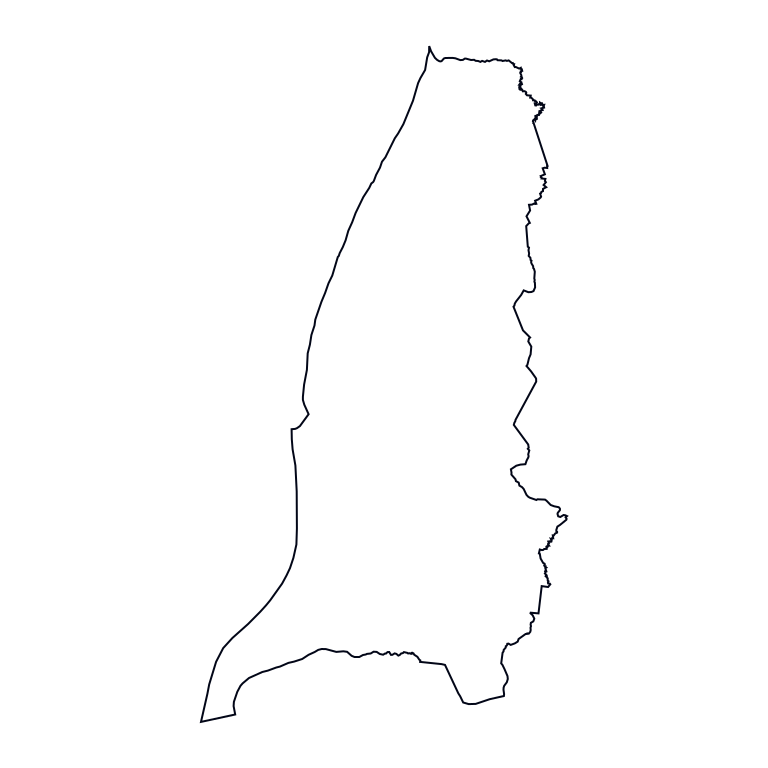 Ubolratana, Khon Kaen, Thailand
{"feature_id": "78962969B29703528432140", "entity_name": "Ubolratana", "entity_type": "district", "adm_level": 2, "iso_a3": "THA", "parent_name": "Thailand", "parent_adm1": "Khon Kaen", "projection": "mercator", "projection_center": [102.713, 16.795], "detail": "fine", "context": "isolated", "style": "outline", "palette": "ink", "viewbox_px": 768, "rotation_deg": 0, "n_neighbors": 0, "source": "geoboundaries", "source_scale": "gbopen_adm2", "svg_char_len": 6037}
<svg xmlns="http://www.w3.org/2000/svg" viewBox="0 0 768 768"><path d="M463.2,702.5L468.7,704.1L475.7,703.9L489.7,699.2L503.9,696.0L504.1,694.1L503.5,689.8L503.6,687.7L504.2,685.8L506.8,682.3L507.8,679.0L507.5,676.1L504.5,669.1L502.4,664.8L501.2,663.4L502.6,652.7L503.5,651.5L503.7,649.9L505.7,647.6L505.8,646.2L506.5,645.8L507.3,644.6L507.3,643.8L508.5,643.6L510.7,644.9L514.8,643.4L517.7,641.6L518.6,639.0L525.6,634.0L527.1,633.9L527.3,633.4L528.7,633.7L530.3,631.8L530.7,630.0L530.5,627.7L531.0,626.1L530.6,624.7L530.9,622.8L533.3,621.4L534.3,618.7L532.7,615.3L530.5,613.3L530.7,612.7L538.5,613.4L541.7,586.1L548.1,587.0L550.3,584.3L549.8,583.6L548.1,583.4L547.9,582.1L548.5,581.2L547.7,580.4L547.7,578.3L547.0,577.7L546.8,576.2L545.9,576.5L545.6,576.2L546.3,574.9L544.9,573.5L545.6,572.5L545.6,571.8L545.1,571.5L545.4,570.7L546.2,570.9L545.3,568.1L546.2,567.6L545.4,567.1L545.6,566.3L544.5,566.0L544.2,565.5L544.8,564.4L544.6,563.7L543.1,562.9L540.6,558.5L539.9,554.3L539.7,553.6L538.9,553.4L539.8,549.5L542.0,550.1L543.2,549.9L544.2,549.0L546.6,548.9L546.4,546.6L546.7,546.4L547.5,547.0L548.2,545.8L548.9,545.7L548.0,544.8L548.1,544.5L548.5,544.5L548.2,543.8L549.0,543.2L548.3,541.5L549.8,541.3L550.8,541.8L551.4,541.6L551.6,540.7L550.9,539.0L551.8,539.4L552.2,538.0L553.2,538.2L552.8,535.4L553.7,535.5L555.2,533.5L557.1,532.6L557.1,531.8L556.4,531.4L556.3,530.0L557.4,526.6L559.9,525.0L566.3,519.8L566.6,518.9L565.6,517.3L567.0,516.1L565.4,515.3L563.6,515.0L560.3,517.0L558.2,516.3L557.5,513.9L557.8,512.8L559.9,510.2L560.0,508.9L559.4,507.9L558.7,507.2L554.2,506.3L550.7,505.0L546.4,500.6L545.0,499.6L537.4,499.3L536.4,500.0L529.8,497.7L528.3,496.8L526.5,494.9L523.7,489.0L522.0,487.1L519.4,485.6L518.7,482.6L515.9,481.1L515.5,479.3L511.4,474.6L511.5,472.5L510.9,469.3L516.3,465.7L520.4,464.6L525.4,464.2L526.7,460.4L528.3,457.4L528.6,456.1L528.2,454.3L529.3,450.4L527.8,448.8L528.7,447.7L528.2,444.5L513.8,424.9L514.4,422.7L515.3,421.2L515.5,419.9L536.2,381.6L536.1,378.6L535.7,377.9L531.1,371.4L526.5,366.0L527.4,364.8L529.0,358.2L530.6,354.4L531.3,346.6L528.3,341.5L529.0,338.5L530.1,337.5L523.0,330.4L513.5,306.7L514.4,305.6L514.8,303.6L516.1,301.4L521.2,294.9L523.7,290.4L528.4,292.2L531.4,292.0L533.5,291.1L535.1,287.4L534.9,282.7L534.4,281.8L534.7,279.9L534.3,278.6L534.8,271.7L534.0,268.9L533.3,268.2L533.1,266.1L531.5,263.5L531.1,262.0L531.5,260.7L530.6,260.0L530.4,257.8L528.7,255.9L529.1,253.5L528.5,250.2L529.0,247.6L527.8,246.7L526.2,226.1L528.8,223.3L529.8,222.9L526.5,216.3L530.1,210.5L529.0,204.8L532.0,204.6L534.5,203.4L535.1,204.0L536.3,203.8L535.1,200.7L538.4,199.4L540.6,197.5L541.1,196.7L540.1,193.6L541.0,193.1L541.4,191.9L543.0,191.1L543.0,188.9L546.2,187.2L543.6,185.0L545.9,182.2L544.9,181.0L545.4,178.9L541.9,178.5L542.1,178.2L540.8,177.1L541.1,176.2L540.9,176.0L544.9,174.3L542.7,168.3L544.6,167.7L547.2,168.0L547.1,165.7L547.5,165.7L533.7,123.3L533.3,123.1L533.5,122.2L532.9,121.3L533.1,120.4L534.5,119.2L535.2,120.2L535.3,118.8L536.4,119.2L536.9,118.9L536.8,117.8L535.7,117.7L536.5,116.7L535.4,116.4L535.4,115.9L536.5,115.8L537.3,114.9L539.0,115.0L539.7,113.6L541.2,112.5L541.0,112.1L540.0,112.0L539.2,112.7L539.4,111.1L540.8,110.8L541.1,110.2L542.6,110.1L542.2,108.8L541.5,108.3L544.1,107.6L544.0,107.1L543.0,107.3L543.8,105.6L543.1,105.3L543.6,104.8L542.0,104.8L542.3,104.2L541.9,103.2L541.2,103.4L540.0,102.6L540.0,104.6L538.9,104.1L538.2,104.7L536.9,104.5L536.1,105.5L535.3,105.4L534.8,103.6L536.0,103.7L536.9,102.4L535.8,101.2L535.1,101.4L534.7,100.4L533.1,100.3L533.2,99.6L531.3,97.7L530.2,97.6L530.7,95.6L527.0,95.3L525.8,93.9L526.3,92.8L525.9,91.9L524.6,91.2L522.8,91.3L522.3,89.9L521.1,89.8L521.6,89.1L521.2,88.6L520.5,88.6L520.1,89.3L519.5,89.1L519.3,87.8L520.2,87.7L520.4,87.2L519.4,86.4L519.4,85.9L520.4,85.8L520.7,84.9L522.0,84.2L521.5,82.8L520.2,83.4L521.1,82.1L519.8,81.2L520.8,78.9L521.6,79.1L522.2,78.1L521.7,77.0L521.0,76.7L521.4,76.1L521.3,75.1L520.2,72.9L520.5,72.1L521.0,72.0L520.9,71.2L522.2,70.9L521.8,69.2L521.0,69.0L520.8,67.8L519.2,68.6L515.8,67.0L514.8,67.1L513.8,65.3L514.1,64.2L513.3,64.2L512.8,63.0L512.0,63.1L508.7,60.4L506.9,60.9L505.7,60.4L502.5,61.0L501.6,60.4L497.5,60.2L497.0,59.4L496.0,59.2L493.4,59.4L489.2,61.3L487.0,60.5L485.0,61.9L482.1,60.9L480.4,61.9L478.2,61.0L475.6,60.8L474.1,59.8L471.1,60.0L465.9,58.6L464.8,58.6L462.9,59.9L460.3,60.1L455.4,58.3L452.5,57.9L445.3,58.0L443.9,58.5L441.6,61.1L440.7,61.4L439.3,61.2L437.1,59.9L434.9,57.8L431.1,51.3L429.2,46.1L429.1,52.2L427.2,57.3L425.1,70.0L420.4,78.1L418.1,83.1L413.0,100.7L403.4,124.1L398.1,133.5L394.8,138.3L385.4,157.3L382.0,161.7L380.0,167.6L376.1,174.9L373.9,180.8L373.2,182.0L371.3,183.5L369.3,187.8L363.3,197.1L355.6,213.0L352.2,222.2L348.3,230.8L345.6,240.3L342.8,247.1L339.7,253.1L338.8,255.9L337.8,257.0L332.3,275.5L328.5,283.3L325.1,293.0L321.4,301.9L315.3,319.6L314.5,325.5L311.4,335.0L309.9,344.7L307.7,353.3L306.9,369.9L304.1,384.6L302.9,396.8L302.9,399.9L304.3,404.7L308.6,414.2L299.9,426.1L296.9,428.2L295.1,428.9L291.6,429.2L291.8,439.2L292.6,449.3L295.4,465.5L296.7,491.4L296.9,528.6L296.4,544.5L293.4,557.9L290.0,568.1L286.6,575.3L282.1,583.6L270.2,600.3L266.0,605.4L260.2,611.8L248.1,624.0L232.4,638.0L223.2,648.1L216.1,661.8L209.2,684.4L207.4,693.8L201.0,721.9L235.2,714.5L233.6,706.1L233.9,701.8L237.3,691.8L240.5,685.8L242.6,683.4L249.0,678.0L262.3,672.0L267.9,670.6L276.3,667.5L279.9,666.6L288.4,662.9L294.1,661.6L302.2,659.0L308.6,654.8L314.7,652.0L318.2,649.9L321.7,649.0L325.9,649.1L336.3,651.9L343.4,651.3L347.1,651.8L351.6,655.8L354.5,657.0L359.3,657.0L363.0,655.0L365.8,654.5L366.9,653.9L370.7,653.5L373.6,651.7L376.7,651.9L379.8,654.0L383.1,654.7L385.1,653.5L385.9,653.6L387.5,652.1L389.2,652.0L391.0,654.9L392.4,654.8L394.6,653.4L396.4,653.9L398.3,655.6L399.7,655.0L401.1,653.5L402.9,653.1L403.9,652.1L407.4,652.9L408.1,653.5L409.3,653.2L411.0,653.8L411.6,653.8L411.6,652.9L412.1,652.7L413.5,653.4L414.2,654.7L417.4,656.8L419.3,659.7L420.3,660.4L420.1,661.9L441.5,664.1L445.0,664.9L458.3,693.3L460.2,696.3L463.2,702.5Z" fill="none" stroke="#020617" stroke-width="2"/></svg>